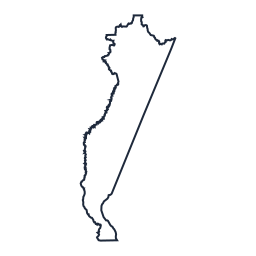 Maués, Amazonas, Brazil
{"feature_id": "56859067B37694295910395", "entity_name": "Maués", "entity_type": "district", "adm_level": 2, "iso_a3": "BRA", "parent_name": "Brazil", "parent_adm1": "Amazonas", "projection": "robinson", "projection_center": [-58.413, -5.242], "detail": "fine", "context": "isolated", "style": "outline", "palette": "slate", "viewbox_px": 256, "rotation_deg": 0, "n_neighbors": 0, "source": "geoboundaries", "source_scale": "gbopen_adm2", "svg_char_len": 5640}
<svg xmlns="http://www.w3.org/2000/svg" viewBox="0 0 256 256"><path d="M117.1,240.3L115.9,238.3L115.8,236.4L116.1,234.3L115.6,232.0L114.2,229.2L113.5,228.6L112.4,226.7L111.4,226.2L110.4,225.2L108.0,220.9L107.3,220.4L106.1,220.4L103.6,217.1L101.3,210.3L101.5,205.9L102.1,204.3L103.0,203.3L103.9,201.4L107.5,198.6L108.4,197.0L108.6,195.2L109.0,195.0L110.2,194.9L111.2,194.2L111.7,193.6L143.6,115.1L171.2,48.8L175.3,38.3L174.9,38.0L174.5,38.2L173.6,39.1L172.8,39.3L172.4,39.4L171.7,39.0L170.9,40.1L170.1,40.4L168.2,39.9L167.0,40.4L165.8,40.0L165.4,40.4L165.8,41.4L165.7,42.0L164.9,42.3L164.3,43.6L162.6,43.5L162.2,43.6L161.8,44.4L160.6,44.1L160.3,43.8L159.6,44.2L159.0,43.0L159.2,41.6L158.6,40.7L157.3,40.9L157.0,40.0L155.8,39.6L155.2,38.7L155.0,37.8L154.3,37.3L154.1,36.2L153.7,35.7L150.7,35.0L149.3,32.9L148.2,31.9L147.7,30.5L147.6,28.9L147.2,28.0L146.9,25.6L146.3,25.2L145.3,25.1L144.4,25.4L143.9,26.3L143.4,26.4L142.8,25.1L141.9,24.6L141.6,24.2L141.8,23.1L141.7,22.0L141.2,21.5L141.1,19.6L141.3,17.8L141.6,17.3L142.0,17.5L142.5,17.2L142.2,16.7L142.2,15.4L133.7,15.4L133.7,17.1L133.2,18.4L133.0,20.2L132.3,21.3L131.8,23.1L131.4,23.4L131.1,23.1L130.5,23.3L129.8,23.9L128.7,23.4L128.3,23.7L128.1,24.4L127.6,24.9L126.8,26.4L126.4,26.6L122.7,26.4L122.0,26.9L121.1,26.3L120.7,24.6L120.3,25.1L119.9,25.1L119.7,25.6L119.9,26.1L119.5,26.2L119.0,26.8L118.5,26.9L118.2,26.6L117.0,26.7L116.1,27.1L115.7,27.9L115.9,30.4L115.6,31.6L115.8,32.1L115.4,32.8L115.5,34.8L106.6,35.0L106.6,35.5L106.8,35.8L106.2,36.6L105.9,37.8L106.3,38.7L106.9,39.4L107.2,39.0L110.1,40.1L110.5,39.6L111.1,40.3L112.7,40.9L113.4,40.8L113.2,41.7L113.3,42.9L114.6,43.9L114.6,44.7L114.0,45.5L112.1,44.9L110.1,45.3L109.5,48.0L109.9,49.1L109.6,49.3L109.7,49.5L110.3,49.8L110.5,51.6L110.3,52.3L109.7,52.4L109.3,52.7L109.2,53.1L108.9,53.1L109.1,53.4L108.9,53.9L108.7,54.6L108.0,54.8L107.8,55.5L105.4,56.1L104.8,56.1L104.3,57.0L103.2,56.9L102.1,57.7L102.4,58.2L102.2,58.6L102.5,59.4L103.6,59.8L103.6,61.1L104.5,60.8L104.1,61.5L104.6,61.6L104.9,61.4L105.5,62.5L105.9,62.1L106.4,63.6L107.3,64.3L107.3,64.7L107.7,64.7L107.7,65.3L108.2,65.7L108.4,66.7L108.8,66.9L109.5,67.9L109.2,68.8L108.9,68.9L108.9,69.2L109.7,70.0L110.8,70.4L110.9,71.1L111.2,71.1L111.4,72.1L111.8,72.4L112.1,73.8L112.8,74.1L113.3,73.8L113.7,74.0L114.4,73.2L114.7,73.5L115.4,73.3L116.4,73.8L116.7,74.5L118.5,81.6L117.8,83.5L118.3,84.0L118.1,84.6L116.9,84.8L116.8,85.3L115.4,86.0L115.4,86.8L115.8,87.3L115.4,88.3L114.7,87.7L114.2,88.1L114.5,88.9L113.9,89.3L114.5,90.9L114.3,91.2L113.7,90.7L113.0,91.3L113.0,92.5L113.7,93.1L113.6,93.6L113.0,93.8L111.9,93.5L111.6,93.9L111.6,94.5L112.3,95.7L111.8,95.8L111.3,96.7L111.5,97.5L111.2,97.7L111.4,98.0L111.4,99.4L110.5,99.7L111.0,99.8L110.9,100.2L111.3,100.0L111.1,100.9L110.4,100.9L109.9,101.7L110.1,103.0L109.5,105.5L109.3,105.8L109.2,105.1L108.9,104.8L108.4,105.4L108.7,106.5L108.2,107.0L107.6,106.9L107.4,107.4L106.9,107.1L106.8,107.3L107.9,109.3L107.5,109.7L107.2,109.5L107.1,109.1L106.9,109.2L107.0,110.5L105.4,110.9L106.4,112.6L105.1,113.2L105.0,114.4L104.6,114.6L104.8,115.7L103.8,116.5L103.8,117.6L103.3,117.1L102.8,117.2L103.5,118.8L102.6,119.0L102.1,118.7L101.7,119.3L101.9,119.9L101.0,119.6L100.7,119.8L100.6,120.4L101.1,120.4L101.6,120.8L100.9,121.2L100.2,120.6L99.7,121.3L100.1,122.2L99.9,122.4L99.2,121.8L98.9,122.0L98.6,122.7L98.2,121.8L96.8,122.1L96.7,122.4L97.4,122.9L97.4,123.4L96.7,123.6L96.6,124.5L96.0,124.5L95.4,125.0L94.1,124.8L93.9,125.0L93.9,125.5L94.2,125.3L94.7,126.2L94.7,126.9L93.3,126.0L93.1,126.0L93.4,126.7L93.3,127.4L91.7,126.8L91.4,127.9L90.8,127.8L91.1,128.8L90.5,129.3L89.7,129.2L90.3,130.1L89.4,130.7L89.1,131.1L89.3,131.5L90.2,131.5L90.2,131.9L89.8,131.9L89.4,132.6L89.3,133.2L88.8,132.7L88.0,133.1L88.1,132.8L87.7,132.6L87.4,132.8L87.3,133.3L86.6,133.3L86.5,133.8L86.1,132.9L85.8,133.3L86.1,133.6L85.9,134.0L85.9,134.7L85.5,134.8L86.2,135.1L86.1,135.6L85.8,135.7L85.9,136.4L85.3,136.5L85.6,137.1L86.0,137.0L86.0,137.8L85.4,137.7L85.4,138.4L84.8,138.2L85.1,138.7L84.6,139.3L85.0,140.2L84.6,140.7L84.7,140.9L84.5,141.5L84.7,142.1L84.1,142.2L83.8,142.6L83.8,143.7L84.1,144.1L83.9,144.2L83.9,144.7L84.8,145.3L84.7,145.6L85.1,146.0L85.1,146.6L85.4,146.6L85.2,147.0L85.4,147.2L84.8,149.2L84.9,150.1L84.5,150.4L84.8,150.7L84.2,150.8L84.5,151.3L84.9,151.2L84.9,151.6L84.6,151.8L85.0,152.2L84.6,152.8L85.0,152.7L84.9,153.2L85.3,153.4L85.8,154.6L85.5,154.8L85.2,156.0L85.7,157.3L84.9,157.7L84.9,157.9L85.2,158.2L84.9,158.8L85.7,160.2L85.4,160.7L85.1,160.3L84.9,160.6L85.2,161.4L85.0,162.9L84.7,163.2L85.5,163.3L85.5,162.9L85.9,163.5L85.4,163.9L85.7,164.3L85.2,164.8L85.5,165.0L85.2,165.2L85.2,166.5L85.5,167.3L84.9,167.3L85.0,167.8L84.7,167.9L84.9,169.3L85.3,169.6L85.8,169.6L85.6,170.2L86.3,171.4L85.7,172.1L86.1,172.5L86.2,172.9L85.5,174.4L85.6,174.6L85.0,175.2L85.2,175.3L84.8,175.8L84.9,176.0L84.5,176.9L84.7,177.2L84.4,177.7L84.5,178.0L84.2,178.6L84.3,179.1L84.1,179.8L82.8,180.4L81.7,181.9L81.4,181.8L80.7,183.4L81.3,185.7L82.6,187.3L83.2,187.4L83.6,188.5L83.9,188.5L83.7,188.9L84.2,189.5L84.1,189.9L84.6,191.1L84.7,192.0L84.7,193.7L84.0,195.7L83.4,196.7L83.1,199.7L82.8,200.0L83.3,202.1L83.2,204.6L83.6,206.2L84.6,207.4L84.8,208.3L86.6,210.0L87.1,213.0L87.9,214.4L88.6,214.3L89.0,215.9L89.5,216.5L91.1,217.7L91.9,217.8L92.2,218.2L93.3,219.9L93.4,220.8L94.2,222.3L95.0,222.2L95.7,223.9L96.6,223.8L96.6,224.3L97.0,224.6L97.3,223.7L97.7,223.6L98.5,223.9L99.0,224.7L99.4,224.9L100.1,224.5L100.6,224.7L100.8,225.6L100.2,228.0L99.3,228.9L98.8,230.2L98.7,230.8L99.2,231.5L99.1,231.9L97.5,232.6L99.0,234.1L99.1,234.6L98.5,235.8L97.0,237.3L97.5,238.5L98.3,239.4L98.6,240.2L100.5,240.6L117.1,240.3Z" fill="none" stroke="#1e293b" stroke-width="2"/></svg>